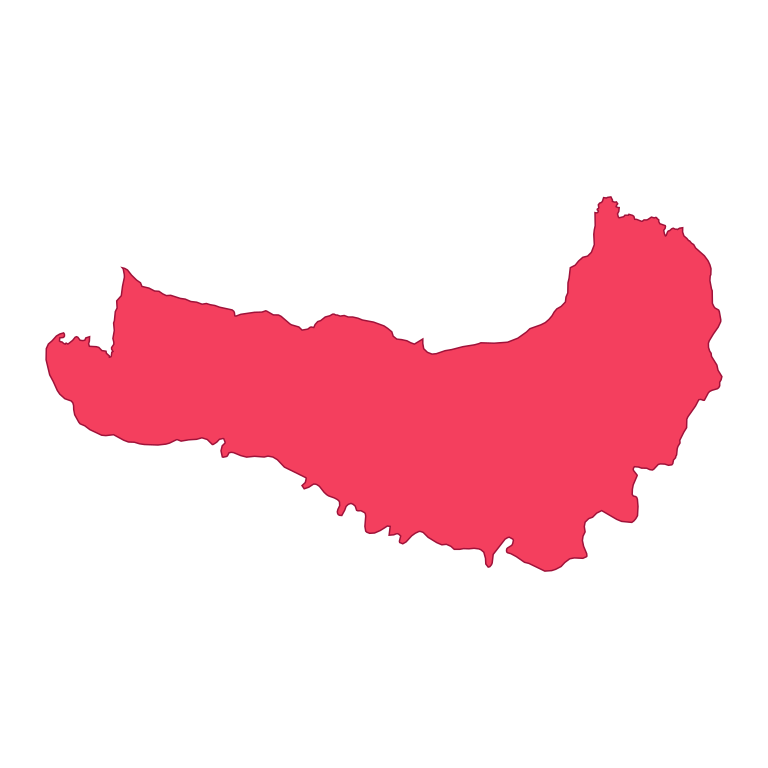 outline of Galanefhi, Maekel, Eritrea
{"feature_id": "51966322B55645768572495", "entity_name": "Galanefhi", "entity_type": "district", "adm_level": 2, "iso_a3": "ERI", "parent_name": "Eritrea", "parent_adm1": "Maekel", "projection": "orthographic", "projection_center": [38.896, 15.263], "detail": "fine", "context": "isolated", "style": "filled", "palette": "rose", "viewbox_px": 768, "rotation_deg": 0, "n_neighbors": 0, "source": "geoboundaries", "source_scale": "gbopen_adm2", "svg_char_len": 6084}
<svg xmlns="http://www.w3.org/2000/svg" viewBox="0 0 768 768"><path d="M122.3,267.8L123.2,268.9L124.3,274.6L124.4,277.2L122.5,286.3L121.3,295.7L116.7,300.9L117.1,308.0L115.3,311.6L114.4,320.7L113.6,323.0L114.3,330.5L112.9,338.5L113.8,342.1L113.8,344.3L111.6,347.5L111.6,349.1L113.0,351.5L111.8,352.2L111.3,356.1L110.8,356.8L109.4,357.2L109.3,355.9L106.4,353.3L106.0,351.2L101.9,350.6L98.8,347.4L96.3,346.7L89.4,346.3L88.6,343.8L89.4,341.0L89.6,336.7L85.8,337.9L84.8,340.2L82.9,340.6L80.1,340.3L77.9,337.3L76.6,336.7L75.2,337.2L72.6,340.4L68.6,343.6L67.7,344.0L66.1,343.1L65.2,344.1L63.9,343.6L61.9,341.9L60.6,341.8L59.5,341.0L59.7,337.9L63.2,337.5L64.1,336.8L64.5,336.0L64.4,334.1L63.6,332.9L59.8,334.0L56.4,336.0L52.1,340.8L48.4,344.0L46.3,348.6L46.1,359.8L49.7,374.9L53.2,381.4L57.3,390.5L59.8,394.2L64.8,398.7L71.3,401.0L72.9,403.0L73.6,405.7L73.7,409.5L74.7,414.8L78.8,422.2L80.1,423.8L84.8,425.8L89.8,429.6L101.6,435.2L105.8,435.6L113.6,434.7L123.7,440.2L128.4,442.0L134.3,442.2L139.6,443.8L144.4,444.5L157.9,445.0L165.9,444.1L169.5,443.1L176.5,439.7L177.5,439.7L181.1,441.1L188.8,439.8L196.6,439.3L201.9,437.8L207.3,439.5L212.3,444.5L213.3,444.4L216.7,442.2L219.4,439.3L223.1,438.5L223.8,438.8L225.1,442.2L224.9,443.2L222.2,445.8L221.0,450.8L222.3,456.9L223.1,457.2L226.5,456.5L227.4,455.9L229.0,452.8L231.2,452.3L233.5,452.6L240.8,455.6L246.6,457.1L254.5,456.3L264.2,457.0L268.0,456.1L272.8,457.0L277.4,459.7L284.4,467.1L305.9,477.7L306.2,478.7L305.3,482.5L302.0,485.6L304.2,488.8L308.8,487.2L313.5,484.1L315.3,484.1L316.9,484.6L319.4,486.3L324.2,492.4L326.6,494.6L328.6,495.9L334.3,497.9L337.3,499.5L338.8,500.8L339.5,502.0L339.7,505.7L337.9,509.4L337.3,511.8L337.7,513.7L338.4,514.7L339.6,515.3L341.8,515.5L344.7,510.2L346.1,506.4L348.3,504.3L351.0,503.4L353.1,504.3L355.2,506.1L356.6,510.3L357.9,510.8L361.0,510.7L364.5,512.6L365.3,513.6L365.7,516.2L364.9,526.4L365.7,531.1L366.8,532.2L369.6,533.3L374.6,533.0L380.3,530.5L387.4,526.0L390.2,526.4L389.1,535.2L393.8,534.8L396.2,533.8L397.6,533.7L398.8,534.2L400.7,536.0L399.4,541.2L399.7,542.5L402.8,543.8L406.1,541.9L411.7,535.8L415.3,533.2L419.1,531.4L420.7,531.5L423.2,532.4L428.1,537.3L436.7,542.6L441.8,544.8L446.4,544.3L450.9,546.3L454.2,549.3L459.8,549.3L463.6,548.6L468.9,548.8L474.1,548.3L478.9,548.9L481.0,549.8L483.8,552.2L485.5,558.3L485.8,564.0L488.2,567.1L489.8,566.7L491.5,564.7L492.2,562.9L493.2,554.4L505.1,539.1L507.9,537.5L509.3,537.2L512.8,539.1L513.4,540.3L512.7,543.6L511.8,545.3L507.5,548.0L506.8,548.8L506.5,550.3L506.7,551.9L507.5,552.7L510.9,553.7L516.3,556.6L524.5,562.3L528.9,563.4L544.8,571.1L551.7,570.6L555.7,569.3L561.1,566.5L564.8,562.5L569.7,558.8L574.3,557.9L582.9,558.3L586.5,556.7L586.9,556.1L586.7,553.7L583.6,546.3L582.4,540.5L583.0,536.2L585.1,531.9L584.3,526.6L585.1,522.2L588.7,518.6L592.6,517.2L596.7,513.1L601.7,510.6L616.6,519.3L621.6,521.4L631.8,522.4L633.9,520.9L635.8,518.7L637.5,515.7L638.0,506.5L637.4,499.3L636.7,497.4L635.7,496.6L633.3,496.0L632.2,494.4L632.4,489.2L633.2,484.9L637.1,475.8L637.2,475.2L633.6,470.6L633.2,469.2L633.5,468.1L634.4,466.7L638.4,467.0L641.5,468.1L646.7,468.2L649.7,469.6L652.4,470.0L653.7,469.3L658.3,464.4L660.4,463.9L664.8,464.1L668.5,465.3L671.8,464.8L672.8,463.6L673.5,460.0L675.6,457.7L675.7,456.6L676.6,454.9L677.2,448.8L677.9,446.5L680.0,443.0L679.8,440.2L683.8,432.2L686.6,427.7L686.8,419.2L687.9,416.8L695.5,406.0L698.8,399.7L700.8,399.4L703.4,400.3L704.4,400.2L708.3,392.9L709.6,391.5L712.0,390.3L717.5,388.7L718.8,387.6L719.7,385.8L719.7,382.2L721.1,379.8L721.9,376.6L718.0,370.2L716.9,365.1L711.5,356.4L711.1,353.2L709.7,351.2L708.5,347.4L708.4,343.2L709.3,340.7L713.3,334.1L718.2,327.1L720.7,321.7L720.8,319.8L719.3,311.5L718.6,310.0L715.0,308.0L713.9,306.6L712.4,303.4L712.2,290.7L711.5,289.0L709.9,280.6L710.2,275.9L710.8,274.7L711.0,268.7L709.9,264.8L708.1,260.9L704.4,255.8L695.6,248.0L693.7,244.6L691.5,243.2L689.6,240.9L688.6,240.6L686.9,238.5L683.9,235.9L682.6,232.0L682.7,227.7L679.5,228.2L677.5,229.5L676.8,229.2L675.3,229.2L673.2,228.2L671.7,228.8L669.7,230.6L668.3,231.0L667.5,232.0L666.2,235.5L665.4,235.9L664.5,234.0L663.7,230.4L665.1,228.4L665.5,226.4L665.2,225.6L659.8,223.7L658.7,221.4L658.8,219.9L656.9,218.4L656.6,217.6L655.7,217.4L654.3,217.9L651.4,217.1L647.7,219.6L646.3,220.0L644.0,219.9L642.4,221.2L641.5,221.3L636.7,219.4L634.7,219.3L633.9,216.4L632.6,215.4L628.9,214.3L628.4,215.2L624.9,215.2L623.7,216.7L619.1,217.8L618.3,216.9L617.5,213.9L618.8,211.4L619.2,207.6L617.8,207.5L616.1,206.7L616.6,205.2L617.7,203.8L616.4,201.9L614.8,202.2L612.4,201.4L612.5,200.1L610.9,196.9L607.5,197.4L606.4,198.0L603.6,197.6L602.4,201.4L601.3,202.5L599.6,203.1L598.3,204.8L598.8,207.7L598.4,208.4L597.4,209.0L597.2,209.8L598.1,210.5L598.3,211.4L597.6,212.6L596.2,212.9L595.0,212.6L595.2,225.7L594.3,229.9L593.8,234.3L594.3,244.7L591.4,252.3L587.6,256.1L582.8,257.3L578.6,261.0L575.2,265.2L570.3,267.7L569.1,278.1L568.0,282.8L567.8,292.9L566.0,297.0L565.4,302.0L561.2,306.4L556.8,308.9L554.2,312.0L552.1,315.7L549.0,319.4L545.3,322.6L540.9,324.8L529.9,328.7L526.5,332.0L517.8,338.2L507.6,342.2L494.1,343.2L480.8,342.8L479.0,343.6L474.6,344.8L462.8,346.7L451.6,349.6L445.1,350.7L436.3,353.7L432.0,354.1L427.4,352.3L423.7,348.7L422.8,343.5L422.8,339.0L414.4,344.1L410.6,342.7L407.0,340.8L401.5,339.6L396.8,339.1L393.2,336.2L391.8,331.8L387.7,328.4L384.0,325.9L373.6,322.1L362.4,320.0L358.0,318.2L352.7,317.0L348.2,317.0L344.2,315.5L340.2,316.1L337.2,315.0L335.8,315.0L334.0,314.1L332.5,314.2L330.0,315.7L325.2,317.0L320.7,320.6L317.7,321.6L315.1,324.5L313.8,327.5L311.2,327.0L310.1,327.3L307.8,329.1L302.1,330.1L298.9,327.0L291.4,324.8L289.9,323.9L281.2,316.4L278.5,315.0L273.3,314.9L266.7,311.1L265.7,310.8L261.9,312.1L254.5,312.3L240.8,314.3L236.0,316.1L234.8,315.8L234.4,312.6L233.8,311.3L232.1,309.9L219.6,307.2L214.9,305.5L210.2,304.7L206.4,303.5L202.1,304.2L196.7,302.2L190.8,301.5L185.2,299.1L180.3,298.4L170.7,295.3L166.3,295.6L162.6,293.8L159.0,291.3L154.6,291.0L149.0,288.1L141.9,286.4L140.5,282.8L136.6,280.1L131.5,275.1L127.5,270.0L124.7,268.4L122.3,267.8Z" fill="#f43f5e" stroke="#9f1239" stroke-width="1.5"/></svg>